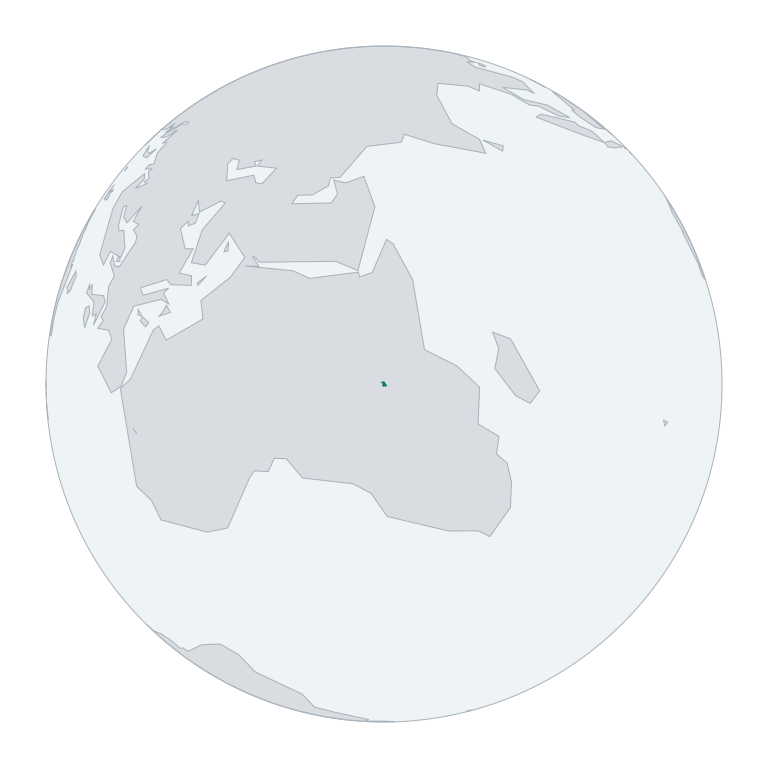 Muyinga on an orthographic globe, rotated 307°
{"feature_id": "BDI-2644", "entity_name": "Muyinga", "entity_type": "Province", "adm_level": 1, "iso_a3": "BDI", "parent_name": "Burundi", "parent_adm1": "", "projection": "orthographic", "projection_center": [30.357, -2.724], "detail": "fine", "context": "on_globe", "style": "filled", "palette": "teal", "viewbox_px": 768, "rotation_deg": 307, "n_neighbors": 0, "source": "natural_earth", "source_scale": "10m", "svg_char_len": 6785}
<svg xmlns="http://www.w3.org/2000/svg" viewBox="0 0 768 768"><g transform="rotate(307 384 384)"><circle cx="384" cy="384" r="338" fill="#eef3f6" stroke="#a8b0b8"/><path d="M182.9,112.4L182.4,112.8L177.1,116.8L176.1,117.6L182.9,112.4ZM49.1,339.2L48.2,348.2L50.5,356.9L51.0,371.1L50.2,380.2L52.3,382.3L52.4,388.2L66.2,395.5L77.7,409.5L80.3,430.2L76.6,454.7L87.1,505.3L84.1,523.0L92.7,543.3L106.6,573.3L103.6,572.0L114.1,586.0L120.4,595.0L120.9,596.1L106.0,576.1L92.6,555.1L80.8,533.1L70.6,510.4L62.1,487.0L55.4,463.0L50.5,438.5L47.4,413.8L46.1,388.9L46.7,364.0L49.1,339.2ZM175.3,649.7L171.8,646.5L174.0,648.0L176.9,650.7L175.3,649.7ZM472.5,57.9L474.4,58.4L474.8,58.5L499.4,66.4L523.4,76.2L546.6,87.7L568.7,101.1L589.9,116.0L609.8,132.6L628.3,150.6L645.5,170.0L646.4,171.1L662.0,191.9L675.9,213.7L688.1,236.6L694.6,252.1L694.2,258.4L696.1,264.1L691.3,256.1L691.9,266.2L706.6,302.6L708.7,312.7L706.4,329.4L705.1,321.7L692.4,300.3L695.1,324.1L705.0,346.7L708.5,371.9L703.2,362.5L699.0,340.5L694.4,332.3L692.0,311.3L681.2,279.7L675.5,283.9L672.4,271.8L656.7,246.2L646.5,252.1L632.8,281.6L636.8,313.1L629.5,326.4L606.3,279.8L595.7,250.0L587.4,252.2L563.5,227.4L522.4,224.5L516.5,217.2L508.8,220.4L491.9,213.0L482.8,201.4L472.6,202.1L496.8,232.9L507.7,232.6L516.7,221.0L521.4,232.3L537.7,242.9L520.0,270.1L458.9,294.9L452.9,271.6L406.2,211.1L407.6,204.6L407.4,203.8L406.8,202.6L402.6,213.2L394.6,202.1L419.5,242.8L423.7,261.2L458.0,296.3L454.8,300.0L465.8,307.5L501.1,299.0L501.3,306.9L484.7,343.9L435.8,395.7L442.3,431.5L438.9,462.4L408.6,483.2L411.4,507.3L395.8,516.1L394.9,529.9L382.5,544.8L361.6,559.2L325.9,560.4L323.5,547.8L305.4,523.9L280.1,466.3L288.9,439.4L285.6,419.1L259.9,375.6L265.5,350.9L258.6,341.1L244.5,344.3L236.6,332.8L228.0,333.1L175.0,345.8L159.2,331.8L141.2,287.8L151.0,268.6L153.4,248.1L221.7,176.2L235.5,178.5L288.4,167.3L294.9,169.2L287.9,183.8L327.0,200.3L340.5,187.6L376.7,197.0L401.3,196.6L411.4,169.7L371.2,169.6L365.0,157.1L397.8,146.1L433.1,148.4L431.8,143.7L410.2,133.1L418.9,125.3L402.8,129.0L408.8,133.6L398.9,136.5L392.7,132.7L396.0,129.7L385.6,127.8L372.4,143.8L377.1,150.2L349.3,153.7L354.6,165.2L346.8,170.8L335.0,153.9L336.7,147.6L314.2,131.6L309.9,138.2L330.9,154.3L324.0,153.2L318.4,164.0L317.3,154.9L295.6,137.3L271.0,143.0L238.4,171.5L224.2,175.3L212.9,171.5L226.0,144.7L256.2,139.6L261.2,131.6L256.2,121.8L265.8,121.6L267.4,117.5L278.9,115.9L296.2,105.4L308.0,103.7L315.8,92.5L323.0,90.5L316.3,97.4L318.0,102.0L347.5,100.3L353.5,97.8L356.2,91.1L364.0,92.1L362.9,85.9L380.4,83.6L358.0,81.8L360.6,75.6L371.7,71.1L368.6,69.1L350.5,76.7L346.9,80.3L350.2,83.6L336.9,95.2L326.5,97.6L325.3,85.6L310.4,88.3L316.0,79.2L361.4,61.8L379.8,59.3L408.1,66.2L403.2,69.2L390.6,67.8L401.3,74.0L400.9,71.0L407.3,72.5L411.4,68.2L416.2,69.1L412.0,64.1L418.3,64.8L420.9,68.0L432.3,63.9L445.7,65.3L446.0,64.0L442.5,62.3L461.9,66.1L461.2,65.1L454.7,63.4L449.1,60.6L446.8,57.5L453.6,59.0L455.4,60.2L469.3,65.8L472.9,70.0L475.5,70.4L474.0,67.3L457.0,60.3L453.7,58.1L462.5,61.0L459.0,59.7L459.5,59.2L466.4,60.3L457.0,57.2L453.2,53.3L458.2,54.3L472.5,57.9ZM197.6,210.2L195.6,216.2L195.5,216.3L197.6,210.2ZM470.5,166.1L491.6,168.2L482.0,151.9L489.4,151.7L483.4,146.7L481.2,150.8L466.7,137.5L475.7,133.8L473.1,127.6L465.9,126.7L451.6,136.0L472.4,154.4L467.5,160.6L470.5,166.1ZM173.0,120.1L174.7,118.7L170.8,121.8L173.0,120.1ZM165.6,126.1L161.3,130.0L153.6,137.3L157.8,133.1L153.7,136.8L154.8,135.7L165.6,126.1ZM265.3,99.8L268.8,101.5L263.8,106.1L248.8,111.1L255.8,104.1L265.3,99.8ZM274.9,103.1L277.8,91.4L287.3,88.8L281.5,92.0L287.4,91.5L279.7,96.8L285.8,106.8L281.8,111.8L256.3,116.5L266.9,111.8L262.8,110.0L274.9,103.1ZM268.7,75.3L270.1,72.7L288.8,70.0L285.3,72.9L270.2,77.2L265.3,76.5L268.7,75.3ZM260.2,69.6L269.4,66.1L268.5,66.4L272.9,64.9L273.3,64.7L298.4,57.1L324.0,51.4L350.0,47.8L350.7,47.9L343.4,48.6L349.4,48.6L339.6,49.7L340.9,49.6L333.5,50.9L326.7,52.8L322.4,53.3L321.6,53.9L316.7,55.1L314.2,56.3L305.5,58.0L301.8,59.7L299.8,59.6L295.7,62.2L294.9,61.2L288.4,63.4L292.6,63.3L252.0,74.7L235.6,82.0L222.3,89.2L222.7,87.6L235.4,80.6L249.5,74.0L260.2,69.6ZM302.8,163.6L307.9,163.9L316.0,162.9L312.6,170.2L302.8,163.6ZM287.6,151.5L292.3,150.4L291.5,159.1L286.2,159.2L287.6,151.5ZM295.6,142.8L292.6,149.6L291.1,146.0L295.6,142.8ZM320.7,96.4L325.8,95.3L326.1,96.8L322.9,99.4L320.7,96.4ZM366.3,51.8L362.9,51.3L364.6,50.9L363.3,49.2L370.5,48.8L374.1,49.7L366.3,51.8ZM404.2,174.2L396.7,179.3L393.2,176.8L396.5,175.5L404.2,174.2ZM352.2,174.1L363.8,177.3L351.1,176.0L352.2,174.1ZM373.9,51.1L372.6,50.3L377.0,50.7L373.9,51.1ZM375.7,48.6L381.0,48.8L371.2,48.6L375.7,48.6ZM523.3,629.0L524.2,633.5L519.5,633.6L523.3,629.0ZM496.2,458.1L472.2,512.4L456.5,512.4L453.9,496.2L463.0,463.3L481.5,454.2L490.7,439.5L496.2,458.1ZM717.1,439.7L716.8,442.6L716.5,444.1L717.1,439.7ZM717.7,432.7L717.9,434.7L717.1,436.0L717.7,432.7ZM718.0,435.5L717.9,435.6L718.1,435.0L718.0,435.5ZM717.2,431.9L711.4,426.3L708.1,420.1L709.7,414.7L715.1,419.3L717.2,431.9ZM709.4,414.4L703.2,395.3L688.7,345.0L694.0,346.9L708.0,378.8L707.3,383.5L711.1,398.1L709.4,414.4ZM721.1,391.7L720.2,406.4L717.8,402.2L716.2,398.5L715.2,378.4L715.8,369.2L717.4,370.5L718.9,342.4L720.3,351.9L720.9,364.1L721.8,378.3L721.1,391.7ZM638.3,316.2L646.0,335.9L641.4,338.6L638.3,316.2ZM716.2,322.0L717.8,334.0L715.3,317.2L716.2,322.0ZM699.2,273.3L697.8,273.8L696.1,269.0L697.0,265.6L699.2,273.3ZM433.3,53.1L427.1,55.2L427.4,57.9L435.0,60.7L421.6,58.3L421.1,54.1L433.3,53.1ZM450.1,52.7L443.3,51.3L447.9,52.2L450.1,52.6L450.1,52.7ZM444.8,51.7L433.5,49.9L430.8,49.4L440.3,50.8L444.8,51.7ZM403.7,48.5L401.4,48.9L397.8,48.5L403.7,48.5ZM663.6,573.8L660.4,577.4L662.3,572.5L669.0,562.8L685.1,530.8L685.2,532.0L694.2,511.3L702.2,497.8L703.1,495.2L692.2,522.5L679.0,548.8L663.6,573.8ZM720.8,411.8L720.3,416.5L720.4,415.4L721.4,400.1L721.9,382.9L721.9,379.9L721.9,382.4L721.9,382.6L721.9,384.9L720.8,411.8Z" fill="#d9dde1" stroke="#a8b0b8" stroke-width="1"/><path d="M384.1,381.5L384.3,381.6L384.5,381.7L384.8,382.0L385.0,382.1L385.0,382.3L384.9,382.5L384.7,383.0L384.6,383.3L384.4,383.5L384.5,383.7L384.8,383.6L385.0,383.6L384.9,383.7L384.6,384.0L384.5,384.3L384.4,384.5L384.3,384.8L384.5,384.9L384.6,385.0L384.8,385.2L384.8,385.3L384.7,385.3L384.6,385.5L384.4,385.6L384.3,385.8L384.2,386.0L384.1,386.3L384.0,386.5L383.9,386.5L383.8,386.4L383.7,386.4L383.6,386.5L383.5,386.4L383.4,386.3L383.4,386.2L383.5,385.9L383.6,385.6L383.6,385.4L383.5,385.2L383.3,385.1L383.0,385.0L383.0,384.9L382.9,384.9L382.7,384.8L382.5,385.0L382.4,384.9L382.5,384.8L382.6,384.6L382.5,384.4L382.4,384.3L382.6,384.3L382.7,384.2L382.8,384.1L383.0,383.9L383.3,383.8L383.4,383.7L383.5,383.7L384.0,383.4L384.1,383.2L384.3,383.1L384.4,382.9L384.3,382.7L384.4,382.4L384.3,382.2L384.2,382.2L384.1,381.7L384.1,381.5Z" fill="#14b8a6" stroke="#0f766e" stroke-width="1.5"/></g></svg>